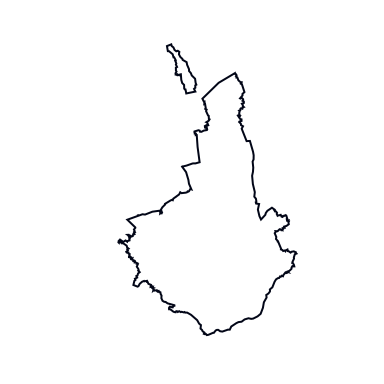 the district of Karanganyar, Jawa Tengah, Indonesia, rotated 62°
{"feature_id": "22746128B38192287274107", "entity_name": "Karanganyar", "entity_type": "district", "adm_level": 2, "iso_a3": "IDN", "parent_name": "Indonesia", "parent_adm1": "Jawa Tengah", "projection": "mercator", "projection_center": [110.98, -7.62], "detail": "fine", "context": "isolated", "style": "outline", "palette": "ink", "viewbox_px": 384, "rotation_deg": 62, "n_neighbors": 0, "source": "geoboundaries", "source_scale": "gbopen_adm2", "svg_char_len": 6063}
<svg xmlns="http://www.w3.org/2000/svg" viewBox="0 0 384 384"><g transform="rotate(62 192 192)"><path d="M108.1,117.2L114.5,139.0L117.8,139.1L118.0,138.5L120.2,139.9L120.3,139.1L124.2,140.4L124.8,141.3L126.1,140.4L127.1,141.6L131.9,141.9L132.6,141.5L135.9,143.0L136.2,142.6L136.9,143.8L137.1,146.5L137.8,146.0L140.7,146.3L140.5,147.4L139.8,147.5L139.8,149.7L141.1,150.2L141.4,149.4L142.2,149.5L142.3,148.8L143.9,149.2L144.3,149.8L143.3,152.8L143.3,155.3L142.6,156.6L141.4,156.4L140.5,157.3L139.7,161.4L140.1,161.7L141.1,162.0L141.7,161.5L142.0,161.9L142.5,161.3L143.6,162.0L144.0,161.1L154.8,165.9L169.3,171.3L168.4,175.4L167.1,178.0L166.1,184.5L165.1,188.3L164.9,188.8L164.0,189.0L171.7,187.9L179.6,189.5L183.3,190.8L189.3,191.3L188.5,192.0L189.9,194.3L190.0,195.0L189.4,195.6L189.9,196.5L189.7,197.7L188.1,201.8L186.7,202.5L188.1,204.5L189.1,211.6L190.2,212.8L189.5,213.2L189.4,215.0L189.8,221.4L190.4,221.6L191.6,225.4L193.0,227.7L196.0,228.1L196.6,228.8L196.3,229.3L197.1,229.7L195.9,229.6L195.9,228.8L195.4,229.1L195.6,229.8L194.4,228.9L194.0,229.6L193.7,229.6L193.4,229.1L190.8,236.2L189.9,244.0L188.4,246.2L186.1,262.1L196.6,258.7L197.0,258.8L197.9,260.9L199.6,261.0L200.0,261.8L200.8,261.4L201.2,263.0L202.2,262.7L202.2,264.3L203.1,265.0L202.9,266.4L202.2,266.6L202.6,267.2L200.1,267.9L199.6,269.0L200.5,268.6L204.0,268.9L204.1,269.5L205.4,269.9L205.0,272.2L205.4,272.6L203.6,273.4L203.8,276.1L200.2,277.9L200.8,279.6L201.9,280.6L202.2,280.5L201.6,280.2L202.0,279.8L201.6,279.2L202.2,278.5L202.8,279.2L203.2,278.1L204.5,277.9L204.6,277.0L208.7,274.9L210.5,275.3L212.2,274.6L212.2,276.1L213.6,276.1L213.9,278.1L214.7,278.1L214.9,277.5L215.9,277.1L215.9,276.6L216.9,276.8L217.6,276.2L218.6,277.2L219.4,277.0L219.5,278.0L219.9,278.2L220.6,277.1L222.0,277.3L221.8,276.5L222.5,276.7L222.6,275.9L223.4,276.8L225.3,275.3L225.7,276.0L226.2,275.3L227.0,275.6L226.9,274.9L227.7,275.0L229.1,273.8L229.5,274.4L230.2,273.6L232.0,275.8L234.5,275.5L236.0,275.8L236.2,276.4L238.2,275.8L238.6,277.9L240.1,279.3L240.1,280.6L241.8,280.6L241.8,283.1L243.1,283.2L243.4,284.6L246.6,287.4L250.0,284.5L250.0,283.5L248.5,281.2L247.8,278.2L248.0,276.1L248.5,276.0L249.3,273.5L250.2,273.9L250.4,273.4L252.6,273.6L254.6,271.9L255.6,272.6L255.4,271.7L256.1,271.6L256.7,272.3L257.2,271.1L257.7,271.8L258.3,271.3L258.1,272.2L259.9,271.6L260.8,272.4L260.6,271.5L261.4,271.5L262.2,269.2L263.1,269.4L263.5,268.3L264.1,268.7L264.5,267.7L265.1,267.9L265.7,267.0L267.6,267.6L269.1,267.5L271.4,268.9L274.2,269.1L275.9,268.1L276.7,266.9L278.8,265.9L283.7,260.7L284.2,260.9L284.0,262.2L284.8,263.2L282.8,265.5L283.6,266.8L284.8,267.3L285.4,266.2L289.0,264.6L290.0,263.6L290.5,262.9L289.9,262.1L290.1,261.3L291.3,260.9L291.2,259.3L292.8,258.3L292.9,257.4L294.5,255.7L294.5,254.9L295.3,254.6L296.2,252.9L300.0,250.5L307.6,247.6L311.6,247.5L313.7,246.6L316.6,248.6L318.6,247.9L320.0,248.0L322.0,247.0L322.8,248.1L323.6,247.4L323.9,246.4L325.3,246.1L325.8,244.5L326.2,239.5L326.6,238.9L325.4,236.1L325.4,234.9L326.0,233.6L328.2,232.5L329.5,230.7L330.4,224.9L331.3,223.3L329.2,220.5L328.6,214.3L328.7,212.0L329.8,209.1L329.2,205.4L330.0,201.4L331.8,199.3L332.5,197.4L332.6,192.5L331.8,188.6L327.5,183.7L323.1,180.3L320.2,175.7L317.8,174.8L317.5,172.2L316.6,170.2L316.1,169.6L314.6,169.0L313.9,165.8L310.0,161.2L308.6,158.8L308.4,156.6L308.8,155.5L308.0,154.0L308.4,153.9L308.5,152.7L308.1,152.0L309.1,151.2L308.2,150.2L306.9,147.3L307.8,147.0L308.0,146.2L307.2,145.6L307.8,144.9L307.2,145.1L307.1,144.3L307.5,144.0L307.0,141.7L306.5,140.2L305.4,139.5L304.6,138.2L304.7,137.0L305.4,137.2L305.7,136.6L304.0,136.2L301.6,136.3L301.5,136.6L300.9,136.1L298.7,133.2L297.6,132.8L295.2,130.4L295.4,128.7L294.2,129.0L293.9,128.7L292.2,130.0L291.5,132.2L291.8,133.4L289.6,134.5L289.2,135.1L287.6,134.7L287.6,136.4L288.2,137.3L287.2,137.5L286.9,139.2L285.7,139.4L284.5,140.4L284.1,140.0L276.9,139.3L276.1,139.6L275.8,139.2L272.9,139.9L271.3,138.7L267.2,138.3L266.6,136.9L265.7,136.7L266.8,134.9L266.0,132.1L266.5,131.4L267.6,131.1L267.4,130.2L268.1,129.9L267.5,129.5L267.4,128.9L266.5,128.8L267.1,127.0L265.8,126.9L266.3,124.5L265.9,121.7L264.1,121.1L263.4,120.2L262.8,120.8L262.3,120.2L261.9,121.5L260.3,121.0L260.3,120.4L257.1,119.8L256.5,120.1L256.7,120.6L256.1,121.5L256.4,122.1L255.9,123.1L256.5,123.8L255.8,124.5L253.8,124.4L253.4,126.5L253.0,126.9L253.1,127.6L251.1,127.5L250.3,126.7L248.9,126.9L248.0,127.3L248.0,127.8L246.3,127.9L246.2,127.4L243.4,128.8L244.0,134.3L245.2,136.7L246.6,138.0L248.7,144.0L245.0,143.8L238.5,142.1L234.1,138.4L232.3,140.8L231.0,140.5L231.0,139.9L230.3,139.5L227.9,138.7L225.4,139.2L221.6,136.6L213.5,134.5L205.9,131.3L202.8,128.7L199.3,126.5L193.6,124.2L192.1,122.3L188.5,120.3L185.1,119.2L174.1,116.9L172.7,119.9L159.4,118.4L157.9,116.1L156.0,117.3L154.6,116.8L152.3,117.5L152.0,116.9L152.5,114.9L151.1,114.2L150.3,115.1L148.4,115.4L147.6,114.2L147.1,115.5L146.0,115.6L146.1,113.7L144.6,113.4L143.1,112.0L142.3,112.2L142.4,110.9L141.2,110.1L141.1,109.3L142.1,108.4L141.2,107.5L141.3,106.4L140.1,106.9L139.2,106.3L137.5,106.5L137.7,104.4L136.5,103.8L135.2,104.6L134.7,103.6L134.0,103.3L132.1,103.9L132.3,105.3L131.9,105.6L130.5,102.1L129.1,101.4L128.4,98.8L120.6,97.4L119.4,98.0L119.2,97.1L118.4,96.6L117.9,97.6L115.2,98.6L112.3,98.2L111.8,99.0L111.1,98.5L110.3,98.8L109.8,97.8L108.2,98.0L107.8,98.7L107.2,98.4L108.1,117.2ZM51.4,145.6L56.3,147.2L56.9,146.2L61.3,144.4L64.4,145.1L64.7,144.5L67.9,144.5L68.3,144.6L68.2,145.2L71.2,145.5L71.9,146.4L74.6,146.5L74.7,147.9L77.3,149.2L78.4,149.1L79.4,150.8L80.6,151.3L81.1,149.8L81.9,150.2L82.3,149.7L82.6,147.5L83.5,147.7L83.6,147.4L82.8,147.1L82.9,146.6L87.9,148.8L91.2,149.5L93.7,148.7L97.0,150.3L98.0,150.2L98.4,149.6L102.3,150.8L104.9,141.9L101.9,141.8L101.5,140.1L99.4,139.1L99.3,137.8L97.5,137.6L93.4,136.1L89.0,137.5L86.5,137.2L83.8,137.8L82.2,137.0L77.4,136.6L74.8,135.8L71.0,138.2L69.9,138.0L67.3,138.9L64.3,138.9L62.3,137.4L60.6,138.3L60.4,139.8L58.4,140.7L55.6,140.5L53.6,141.4L51.9,141.0L51.4,145.6ZM187.6,250.6L186.9,250.6L186.2,250.6L186.3,250.6L187.6,250.6Z" fill="none" stroke="#020617" stroke-width="2"/></g></svg>